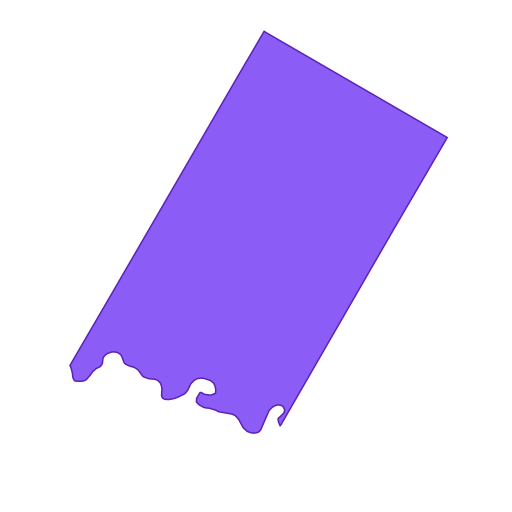 outline of Pottawattamie, Iowa, United States of America, rotated 300°
{"feature_id": "52423323B19646678689776", "entity_name": "Pottawattamie", "entity_type": "district", "adm_level": 2, "iso_a3": "USA", "parent_name": "United States of America", "parent_adm1": "Iowa", "projection": "mercator", "projection_center": [-95.883, 41.333], "detail": "fine", "context": "isolated", "style": "filled", "palette": "violet", "viewbox_px": 512, "rotation_deg": 300, "n_neighbors": 0, "source": "geoboundaries", "source_scale": "gbopen_adm2", "svg_char_len": 1501}
<svg xmlns="http://www.w3.org/2000/svg" viewBox="0 0 512 512"><g transform="rotate(300 256 256)"><path d="M454.7,150.7L402.1,150.4L297.0,150.2L147.7,149.9L68.1,149.6L67.4,151.0L63.0,155.3L59.0,158.4L57.6,160.5L57.3,161.2L57.4,162.1L58.9,165.2L61.0,168.5L62.3,169.8L64.2,170.9L70.5,172.1L74.2,172.4L78.6,173.9L82.2,176.3L83.7,176.7L86.1,176.7L91.0,174.6L93.0,174.6L95.4,175.2L97.2,176.1L100.5,178.8L102.0,181.0L103.0,183.6L103.2,185.8L102.9,188.0L102.3,189.4L101.3,190.8L98.2,194.4L97.5,195.6L97.1,197.2L97.5,201.6L98.6,205.9L98.7,208.2L98.2,211.4L95.4,217.4L95.1,219.4L95.4,220.7L96.2,224.7L98.9,230.6L99.1,233.5L98.1,236.8L96.0,239.3L93.5,241.2L88.4,243.7L87.1,244.7L86.2,246.3L86.3,248.6L87.9,252.0L90.8,255.5L94.3,258.7L100.5,262.8L102.2,263.5L106.0,264.0L112.7,263.4L117.5,264.7L120.1,266.2L122.3,268.7L124.0,272.0L125.4,279.0L124.8,282.5L124.8,282.8L122.9,285.5L120.4,287.8L116.9,289.6L112.8,286.3L110.4,280.4L110.4,276.6L109.6,275.8L103.0,275.7L99.7,277.4L98.7,281.1L98.7,282.2L98.7,285.5L99.1,287.8L100.9,291.9L101.1,292.9L102.3,298.0L102.5,301.8L104.5,307.1L107.1,314.3L107.3,316.7L107.3,318.1L106.5,321.0L105.4,323.4L100.9,330.7L99.7,336.1L100.4,340.1L101.7,343.0L103.9,345.6L105.6,346.6L107.9,347.0L128.5,344.6L132.2,345.4L135.2,346.8L138.0,349.3L139.3,352.8L139.0,355.1L137.1,357.8L134.0,358.6L128.4,357.1L127.3,356.6L126.3,356.5L125.2,357.0L123.2,358.8L121.1,361.7L122.1,362.0L349.2,361.9L454.2,362.4L454.5,153.9L454.7,150.7Z" fill="#8b5cf6" stroke="#5b21b6" stroke-width="1.5"/></g></svg>